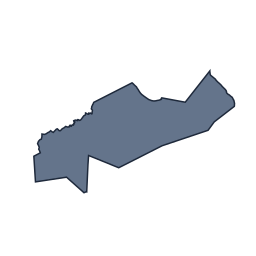 San Jose, Copán, Honduras (Robinson projection), rotated 333°
{"feature_id": "27666195B88846849027409", "entity_name": "San Jose", "entity_type": "district", "adm_level": 2, "iso_a3": "HND", "parent_name": "Honduras", "parent_adm1": "Copán", "projection": "robinson", "projection_center": [-88.677, 14.914], "detail": "fine", "context": "isolated", "style": "filled", "palette": "slate", "viewbox_px": 256, "rotation_deg": 333, "n_neighbors": 0, "source": "geoboundaries", "source_scale": "gbopen_adm2", "svg_char_len": 4078}
<svg xmlns="http://www.w3.org/2000/svg" viewBox="0 0 256 256"><g transform="rotate(333 128 128)"><path d="M232.5,157.0L232.7,156.8L232.9,156.5L233.3,155.8L233.7,155.1L233.8,154.9L234.1,154.5L234.1,154.4L234.3,153.7L234.4,153.2L234.6,152.5L234.7,152.2L234.8,151.8L234.8,151.7L234.8,151.3L234.9,151.2L234.8,150.9L234.8,150.7L234.7,150.5L234.7,150.4L234.8,150.2L234.8,149.9L234.8,149.6L234.8,149.3L234.8,149.0L234.8,148.7L234.8,148.4L234.8,148.2L234.7,147.9L234.7,147.7L234.5,147.4L234.4,147.3L234.4,147.2L234.2,146.9L234.1,146.6L234.0,146.4L233.9,146.1L233.7,145.7L233.6,145.3L233.4,144.9L233.3,144.7L233.2,144.5L233.2,144.4L233.1,144.2L232.9,143.9L232.7,143.7L232.5,143.3L232.4,143.2L232.3,142.9L232.2,142.8L232.2,142.7L232.1,142.4L232.0,142.2L231.9,141.9L231.9,141.7L231.9,141.4L231.9,141.2L232.0,141.0L232.0,140.9L232.0,140.7L232.2,140.4L232.2,140.2L232.3,140.1L232.3,139.8L232.3,139.6L232.4,139.4L232.4,139.2L232.3,138.9L232.3,138.7L232.3,138.4L232.2,138.2L232.2,137.9L232.1,137.7L232.0,137.3L231.7,136.5L231.6,136.1L231.4,135.6L231.1,134.6L230.9,134.2L230.8,133.8L230.8,133.7L230.7,133.5L230.7,133.4L230.7,133.1L230.6,132.9L230.6,132.7L230.5,132.3L230.5,132.2L230.4,131.9L230.3,131.5L230.2,131.1L230.0,130.7L229.8,130.2L229.7,129.8L229.4,129.1L229.2,128.6L228.9,127.9L228.8,127.6L228.7,127.3L228.6,126.8L228.4,126.4L228.3,126.0L228.2,125.5L228.1,125.4L228.1,125.2L228.1,124.9L228.1,124.6L228.1,124.4L228.0,124.2L227.9,123.8L227.8,123.6L227.6,123.2L227.4,122.7L227.1,122.0L226.2,120.0L226.1,119.7L225.8,119.1L225.7,118.9L225.6,118.7L225.6,118.4L225.5,118.2L225.6,117.8L225.6,117.7L225.6,117.4L225.7,117.2L225.9,116.7L226.1,116.2L226.2,115.8L226.5,115.0L226.6,114.7L226.8,114.3L190.7,131.0L171.8,116.5L171.7,116.6L171.4,116.7L171.2,116.7L171.1,116.8L170.9,116.9L170.9,117.0L170.9,117.3L170.8,117.5L170.7,117.5L170.4,117.6L169.7,117.5L169.3,117.4L168.9,117.4L168.4,117.3L168.0,117.2L166.4,116.7L165.5,116.5L164.5,116.2L164.3,116.1L164.2,116.0L163.8,115.9L163.7,115.9L163.4,115.7L163.1,115.5L162.9,115.4L162.6,115.2L162.4,115.0L162.2,114.9L162.0,114.7L161.8,114.6L161.7,114.5L161.5,114.3L161.4,114.2L161.2,114.1L161.1,113.9L160.5,113.2L160.2,112.9L159.9,112.6L159.6,112.3L159.5,112.1L159.3,111.9L159.2,111.7L159.1,111.4L158.7,110.8L158.4,110.2L157.8,109.1L157.2,107.9L156.6,106.8L156.1,105.7L155.9,105.2L155.6,104.8L155.6,104.6L155.5,104.4L155.4,104.3L155.4,104.2L155.3,103.9L155.2,103.7L155.2,103.4L155.1,103.1L155.0,102.8L154.9,102.6L154.9,102.4L154.9,102.2L154.8,101.8L154.8,101.6L154.7,101.4L154.7,101.2L154.6,100.0L154.5,98.4L154.3,97.2L154.2,96.1L154.2,95.6L154.2,95.4L154.2,95.2L153.8,94.2L153.5,93.4L153.1,92.3L152.8,91.2L152.6,90.9L152.5,90.4L152.1,89.6L109.1,89.6L107.8,90.8L107.2,91.0L106.7,91.6L106.1,92.0L105.6,92.3L105.1,92.9L104.8,93.6L104.2,94.0L104.0,94.4L104.2,95.2L104.4,95.7L104.2,96.4L103.4,97.4L103.1,97.8L102.8,98.5L102.3,99.0L102.0,98.9L101.9,98.4L101.8,98.2L101.4,97.7L101.1,97.8L100.5,97.8L100.4,97.6L100.2,97.1L99.8,96.9L99.6,97.3L99.2,97.8L98.9,97.8L98.6,97.5L98.2,97.1L97.9,96.4L97.0,95.4L96.6,96.1L96.0,97.0L95.2,97.0L94.5,97.0L93.9,97.2L93.1,97.5L92.4,98.0L91.6,98.3L90.8,98.8L89.8,99.2L88.9,99.4L88.2,99.2L88.1,98.8L87.7,98.2L87.1,97.7L86.7,97.8L86.7,98.2L86.5,98.5L86.1,98.3L85.6,97.8L85.2,97.3L84.8,97.1L84.3,97.0L83.6,96.9L82.9,96.9L82.8,97.5L83.2,98.0L83.4,98.5L83.2,98.7L82.7,98.9L82.1,99.0L81.9,99.2L81.8,99.4L81.9,99.8L81.6,99.8L81.1,99.8L80.8,99.9L80.8,100.5L80.5,100.6L80.2,100.3L79.4,100.0L78.9,100.1L78.7,100.4L78.4,100.7L78.1,100.7L77.9,100.6L77.9,100.2L77.9,99.7L77.7,99.2L77.3,99.3L77.2,99.5L76.9,99.6L76.7,99.6L76.4,99.8L76.3,100.1L76.1,100.3L75.6,100.1L74.6,99.7L73.2,98.3L71.0,98.8L69.1,98.8L66.6,99.7L65.5,99.2L64.7,96.7L63.7,96.5L59.4,98.0L58.6,96.9L57.9,95.3L56.1,95.8L55.0,95.7L52.2,96.0L50.7,95.8L48.6,94.3L47.4,96.6L45.7,98.6L44.3,98.4L42.2,99.2L40.3,100.9L40.3,102.9L40.2,104.8L38.8,106.4L38.9,107.7L38.6,110.3L31.3,110.4L21.1,134.0L50.9,143.9L59.4,165.7L61.7,165.8L62.2,166.2L75.5,142.8L80.4,134.6L101.7,159.2L150.4,159.3L198.3,166.4L207.6,161.7L232.5,157.0Z" fill="#64748b" stroke="#1e293b" stroke-width="1.5"/></g></svg>